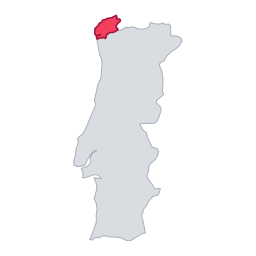 Portugal, with Viana do Castelo highlighted
{"feature_id": "PRT-741", "entity_name": "Viana do Castelo", "entity_type": "District", "adm_level": 1, "iso_a3": "PRT", "parent_name": "Portugal", "parent_adm1": "", "projection": "orthographic", "projection_center": [-8.501, 41.884], "detail": "fine", "context": "in_parent", "style": "filled", "palette": "rose", "viewbox_px": 256, "rotation_deg": 0, "n_neighbors": 0, "source": "natural_earth", "source_scale": "10m", "svg_char_len": 3419}
<svg xmlns="http://www.w3.org/2000/svg" viewBox="0 0 256 256"><path d="M98.2,24.7L101.3,21.7L104.3,19.8L106.0,19.1L113.0,17.1L114.8,16.1L116.5,16.2L116.8,17.2L117.8,19.0L119.0,20.3L119.3,21.3L116.6,25.3L116.2,26.7L117.6,29.2L117.9,30.0L118.6,30.3L120.5,30.2L123.8,28.5L126.1,27.1L126.9,27.7L133.5,26.9L135.1,27.5L136.2,28.2L139.5,29.1L143.0,29.2L147.4,27.8L149.3,26.4L149.6,24.9L149.7,23.7L150.3,23.0L151.3,22.6L152.9,23.3L155.1,23.9L160.5,24.0L161.5,23.1L163.3,23.4L165.8,24.4L168.5,24.0L170.0,25.2L170.6,26.9L170.8,30.6L170.7,34.4L171.3,35.7L173.2,36.0L176.2,35.9L179.0,36.9L181.2,38.6L181.9,40.4L182.2,41.6L181.2,42.3L179.8,45.1L176.2,48.6L170.9,51.9L166.9,55.9L164.1,60.6L160.6,62.7L159.6,63.8L159.2,65.0L161.6,70.7L162.4,75.1L163.1,80.5L162.8,82.1L162.7,88.0L162.2,89.8L162.3,91.2L163.2,92.7L163.6,94.1L162.1,96.0L159.1,98.2L156.9,100.2L156.3,102.0L156.5,103.1L160.3,106.7L161.0,108.3L160.6,112.0L158.5,118.1L156.5,121.8L156.2,122.2L153.8,123.3L142.5,123.5L139.7,124.4L140.1,125.1L142.9,129.8L145.7,132.3L146.6,132.9L147.7,138.4L152.3,147.2L156.8,148.4L158.3,150.6L158.1,153.7L156.8,157.2L154.1,160.7L151.0,163.2L148.9,165.7L148.8,168.6L148.1,172.2L147.1,175.1L146.9,177.0L155.2,188.9L159.7,188.3L160.3,188.6L159.6,191.5L158.2,194.9L156.5,195.5L152.6,196.6L149.0,201.0L146.0,206.3L143.8,208.9L141.8,215.2L142.1,217.9L143.2,222.0L145.4,232.9L142.4,233.4L130.5,240.6L126.8,240.6L119.9,237.5L107.8,236.6L103.8,235.6L98.9,237.7L95.0,237.6L92.0,240.2L89.8,239.5L92.3,233.7L96.3,222.1L96.2,215.0L97.1,208.9L96.1,202.8L94.1,199.0L96.8,189.2L96.5,184.1L94.1,177.7L101.4,178.7L99.2,176.1L97.0,174.6L94.8,174.9L93.0,174.8L86.8,177.3L83.7,178.0L82.7,177.6L83.1,173.6L81.5,168.4L84.0,167.1L86.9,166.7L89.4,164.5L90.9,162.1L90.2,157.7L92.3,153.6L97.3,150.1L94.7,150.6L91.8,152.8L87.0,160.7L85.5,164.7L81.5,166.0L77.9,166.6L76.1,166.1L73.9,165.1L73.8,162.1L74.0,159.8L75.5,155.1L76.1,148.4L78.3,142.5L78.1,140.9L77.6,138.6L79.5,136.3L81.8,134.8L85.3,129.7L90.3,117.5L95.9,104.6L95.5,103.1L94.3,101.8L94.8,98.4L98.2,83.2L99.5,81.2L101.1,76.8L101.5,69.6L102.1,64.6L101.9,62.1L101.5,59.1L99.4,53.4L97.2,41.4L97.0,37.3L98.9,35.3L95.9,35.0L94.6,32.4L94.9,29.4L98.2,24.7Z" fill="#d9dde1" stroke="#a8b0b8" stroke-width="1"/><path d="M116.2,15.4L116.5,15.8L116.8,16.4L116.7,18.3L116.8,19.0L117.3,19.4L117.8,19.2L118.3,19.0L119.0,18.9L119.6,19.1L120.1,19.6L120.4,20.3L120.3,21.0L120.0,21.6L119.5,22.0L118.5,22.7L117.6,23.6L116.3,25.5L116.0,26.3L116.0,27.1L116.3,27.9L117.5,28.3L117.8,28.7L117.8,29.2L117.7,30.3L117.1,30.4L114.1,32.1L113.3,32.4L110.4,32.5L109.9,32.6L109.5,32.8L109.2,33.0L108.6,33.4L108.1,33.7L107.8,33.7L107.6,33.6L107.3,33.7L107.1,33.8L106.9,34.1L106.8,34.4L106.7,34.7L106.6,35.4L106.6,35.7L106.5,36.0L106.2,36.3L106.0,36.6L105.9,36.9L106.1,37.3L105.5,38.4L105.3,38.3L105.0,38.3L104.6,38.1L104.0,37.9L103.0,37.6L102.7,37.4L102.6,37.5L102.2,37.9L101.9,38.0L100.3,38.0L97.9,38.9L97.5,39.0L96.9,38.9L96.7,38.8L96.7,38.3L96.5,37.5L96.4,36.5L96.5,36.0L97.3,35.7L99.3,35.4L99.8,35.1L100.3,34.7L100.8,34.3L97.2,35.4L96.4,35.5L96.0,35.4L95.4,35.0L94.8,33.6L94.8,32.4L95.1,30.4L94.9,29.1L95.0,28.7L95.2,28.3L97.5,26.3L98.7,25.1L99.0,23.5L99.4,23.2L100.2,22.8L101.0,22.6L101.7,22.1L101.9,21.7L102.3,20.7L102.5,20.3L103.1,19.9L103.7,19.8L104.9,19.7L105.4,19.5L106.6,18.7L107.2,18.5L112.2,17.6L112.7,17.3L113.6,16.6L113.9,16.4L114.1,16.3L114.7,16.3L115.3,16.1L116.2,15.4Z" fill="#f43f5e" stroke="#9f1239" stroke-width="1.5"/></svg>